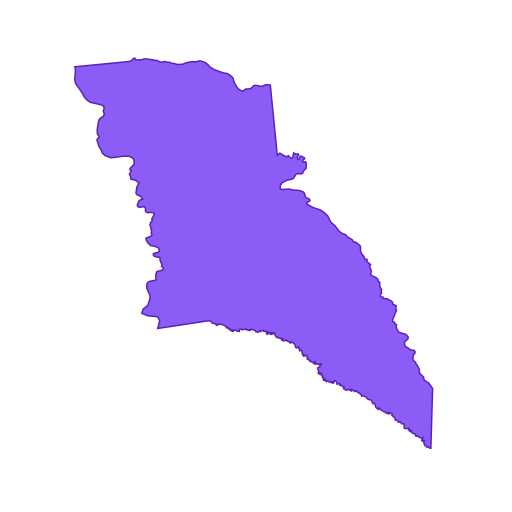 the district of Eirunepé, Amazonas, Brazil, rotated 264°
{"feature_id": "56859067B78365378288365", "entity_name": "Eirunepé", "entity_type": "district", "adm_level": 2, "iso_a3": "BRA", "parent_name": "Brazil", "parent_adm1": "Amazonas", "projection": "natural_earth1", "projection_center": [-70.397, -7.041], "detail": "fine", "context": "isolated", "style": "filled", "palette": "violet", "viewbox_px": 512, "rotation_deg": 264, "n_neighbors": 0, "source": "geoboundaries", "source_scale": "gbopen_adm2", "svg_char_len": 6110}
<svg xmlns="http://www.w3.org/2000/svg" viewBox="0 0 512 512"><g transform="rotate(264 256 256)"><path d="M105.8,417.8L111.7,414.4L115.0,410.2L118.1,410.0L122.0,406.6L126.9,406.3L130.6,404.9L132.0,403.8L133.5,403.6L136.3,401.2L141.3,402.1L142.3,403.7L143.9,404.2L145.5,403.6L146.5,400.0L150.9,394.8L154.6,394.5L157.8,398.5L159.5,398.9L162.3,397.0L165.2,390.1L168.8,388.4L171.6,387.9L173.0,388.6L173.7,387.0L175.4,387.0L176.4,385.3L178.2,385.1L187.4,390.1L188.8,389.4L191.9,390.2L193.7,387.0L195.4,387.1L196.8,386.1L199.9,381.8L200.4,378.0L202.0,377.9L202.1,376.1L203.6,375.4L206.3,377.1L207.8,376.7L209.3,377.5L212.4,376.1L217.2,376.2L218.5,374.8L220.2,374.7L221.6,373.5L225.3,367.9L229.0,369.1L234.5,367.8L235.5,369.1L239.1,365.5L240.9,366.2L241.3,364.1L244.5,363.2L247.2,361.2L250.2,360.5L254.9,360.9L258.8,357.3L260.2,354.1L261.7,353.8L265.8,348.6L267.9,347.3L269.6,343.8L272.2,341.0L277.7,337.8L282.0,333.8L288.4,331.5L292.5,328.0L295.0,324.9L298.1,318.1L302.1,312.1L303.7,312.0L304.7,314.6L305.9,315.6L307.4,314.6L308.8,311.9L309.8,311.2L313.1,310.9L314.9,309.6L316.8,305.5L317.7,299.7L319.2,295.8L319.3,289.7L320.2,287.2L322.9,287.2L325.8,289.1L328.0,294.1L328.8,300.5L329.8,301.9L332.9,304.0L333.6,305.8L332.9,309.6L333.6,311.3L335.3,311.7L337.8,315.0L343.3,315.7L344.6,315.0L344.8,312.2L346.2,312.3L347.5,314.4L348.4,314.6L350.3,311.9L350.7,310.9L350.2,310.0L348.1,309.4L347.6,308.8L347.9,307.8L349.7,307.3L352.1,309.0L353.0,308.8L353.2,306.5L354.5,304.2L349.7,302.7L349.4,302.0L350.3,300.2L352.4,298.7L351.5,296.9L351.8,295.9L355.8,290.4L353.9,287.7L424.6,288.1L425.3,284.1L425.0,282.1L424.2,280.4L424.2,278.6L425.8,273.3L425.6,271.4L423.3,268.8L422.9,266.9L423.1,263.1L421.5,260.5L421.9,258.6L423.8,256.1L425.9,254.7L430.3,252.7L435.9,251.5L438.8,248.7L440.6,246.3L441.4,242.8L445.7,234.0L449.3,229.2L450.5,228.9L453.8,225.7L456.0,220.7L455.4,216.8L456.0,212.5L455.4,206.4L454.4,203.3L454.7,197.8L456.4,193.5L456.4,192.2L457.8,190.2L457.9,188.1L458.9,185.9L458.7,180.9L460.5,178.8L463.1,169.3L463.8,165.1L463.1,163.8L463.4,158.1L463.9,156.6L465.3,156.2L465.5,155.2L463.4,152.6L462.7,150.3L463.1,95.5L460.6,96.0L450.6,94.2L446.8,94.5L436.3,100.2L431.8,102.0L428.9,104.1L426.1,107.4L422.5,118.1L421.2,119.7L419.2,120.6L416.0,119.2L412.9,120.0L411.1,119.0L408.8,115.0L407.2,113.7L398.4,111.3L394.2,111.0L391.1,112.6L388.1,109.9L381.5,111.2L376.4,113.6L374.5,113.8L371.6,116.4L368.8,122.1L369.1,134.8L368.4,140.4L366.3,143.6L364.6,144.5L361.3,144.7L359.5,143.9L356.6,140.2L355.1,139.6L353.7,140.8L350.4,138.6L348.9,139.5L345.5,139.6L344.0,144.0L341.0,147.3L336.9,144.6L330.9,143.2L329.4,144.0L327.3,147.7L324.3,149.2L324.0,146.9L322.9,145.2L319.2,143.3L317.6,143.4L316.5,145.4L316.8,149.9L315.5,151.0L311.9,150.8L310.5,152.2L310.3,156.4L309.9,158.1L308.6,159.4L303.6,156.2L301.6,156.4L300.3,154.7L298.1,153.8L293.0,154.8L289.6,154.3L287.7,154.7L286.4,153.0L285.4,148.7L283.8,148.3L280.4,149.8L277.3,152.4L276.2,156.4L274.1,160.0L270.9,160.6L269.7,158.4L269.5,155.7L268.7,154.0L267.0,154.2L265.7,156.2L264.6,160.2L260.8,160.3L257.5,161.6L255.6,160.9L253.9,162.5L252.4,162.5L251.5,160.4L251.0,155.9L248.0,154.4L242.5,154.0L241.8,147.0L241.1,145.7L239.5,144.5L235.6,144.0L227.5,146.5L223.9,145.8L218.1,143.1L215.1,138.3L210.9,136.4L207.8,142.3L206.1,150.7L205.1,152.2L201.6,153.4L194.2,150.7L196.6,202.6L195.6,204.5L194.0,205.2L192.7,208.5L191.6,209.3L192.4,209.5L191.3,210.7L191.8,211.0L192.0,213.3L190.7,216.6L189.3,218.4L187.4,219.6L187.9,220.4L187.5,221.1L186.7,221.1L186.3,222.2L185.7,221.8L184.4,223.4L185.0,224.4L184.6,224.9L183.8,224.5L183.5,225.5L184.4,225.8L184.5,227.7L183.3,229.2L182.8,231.6L184.2,231.4L184.9,232.1L184.7,234.4L184.1,234.4L184.4,237.7L183.7,238.5L184.2,239.0L182.9,240.5L182.6,242.1L182.8,242.7L183.5,242.4L183.6,244.1L182.0,247.4L180.7,247.9L180.0,249.8L180.1,250.7L181.2,251.6L180.3,252.8L181.2,253.3L181.2,255.7L180.2,255.8L180.0,258.5L179.6,259.4L178.7,259.2L179.2,258.5L178.3,258.4L178.0,259.1L177.7,258.5L177.1,258.7L177.2,259.9L178.0,260.2L178.7,261.7L177.1,262.0L178.2,263.1L178.0,263.7L176.6,263.2L176.8,264.9L177.7,264.9L177.8,265.8L176.3,266.9L175.7,266.6L172.9,267.9L173.1,268.7L172.1,269.8L171.3,273.6L170.8,274.1L170.0,272.6L169.2,273.4L168.6,275.4L169.4,277.3L168.2,278.0L166.9,280.7L166.1,280.6L165.9,281.6L166.8,281.9L166.2,283.5L163.9,285.4L161.0,285.9L160.3,286.8L161.2,288.1L160.3,289.4L159.8,288.9L157.1,289.8L157.7,290.3L157.3,291.6L153.4,291.9L153.2,293.0L151.7,292.5L151.2,293.3L152.1,295.2L151.6,295.9L149.6,296.8L149.3,296.1L147.8,296.4L147.7,297.5L146.6,298.1L146.3,299.2L145.4,298.8L144.5,301.5L143.4,301.8L144.7,303.7L143.9,303.8L143.2,302.9L142.1,303.5L142.5,304.9L141.4,307.4L142.0,309.4L141.3,309.7L140.8,308.2L139.4,308.2L138.1,305.4L134.8,306.4L133.0,305.5L132.0,306.8L133.2,306.9L132.4,309.0L131.6,309.0L131.2,308.2L129.8,309.7L128.9,309.3L128.2,309.4L128.0,310.3L125.6,310.1L125.1,310.6L125.0,311.5L126.1,311.9L123.7,312.8L124.2,313.3L124.0,314.8L123.3,315.2L122.1,318.0L122.8,317.5L123.1,318.6L122.9,319.4L121.9,319.9L124.0,321.1L122.5,322.9L120.0,323.2L120.4,325.7L119.8,326.1L118.9,325.8L118.5,326.4L119.0,326.7L118.0,327.2L117.9,328.2L116.5,329.1L116.2,330.0L115.0,329.2L113.0,331.8L113.5,333.5L112.9,335.4L113.5,335.8L113.4,336.6L112.1,336.4L111.7,337.0L112.4,337.6L112.4,338.7L110.9,339.9L110.8,340.9L111.6,341.4L111.3,342.1L109.2,343.3L109.3,344.4L108.3,344.8L108.0,345.8L105.6,346.4L105.7,347.9L104.8,350.1L101.6,352.6L100.9,355.2L96.8,357.0L97.3,358.1L95.6,359.1L93.4,359.1L90.9,361.2L90.6,361.8L92.0,362.4L91.7,363.1L90.7,363.3L87.8,366.8L87.3,368.3L86.5,368.5L85.4,370.8L86.2,370.8L86.3,372.2L85.3,372.1L85.2,374.7L84.7,375.1L83.2,374.5L80.4,377.4L78.5,377.1L77.1,380.0L75.8,380.2L75.9,382.3L74.0,383.3L73.3,385.9L69.4,385.4L68.6,386.8L68.7,390.1L68.1,390.7L67.0,389.6L66.2,391.4L66.1,390.5L65.4,390.6L65.1,392.2L63.6,392.8L62.2,395.8L60.4,396.0L59.9,396.7L60.3,397.7L58.4,399.6L57.5,402.1L57.8,402.7L56.0,401.8L55.6,402.5L55.2,401.6L54.5,402.0L54.5,404.2L53.5,403.4L51.3,403.6L51.0,404.3L49.8,404.2L49.1,405.5L47.8,406.1L48.3,407.7L46.6,408.9L46.5,409.8L105.8,417.8Z" fill="#8b5cf6" stroke="#5b21b6" stroke-width="1.5"/></g></svg>